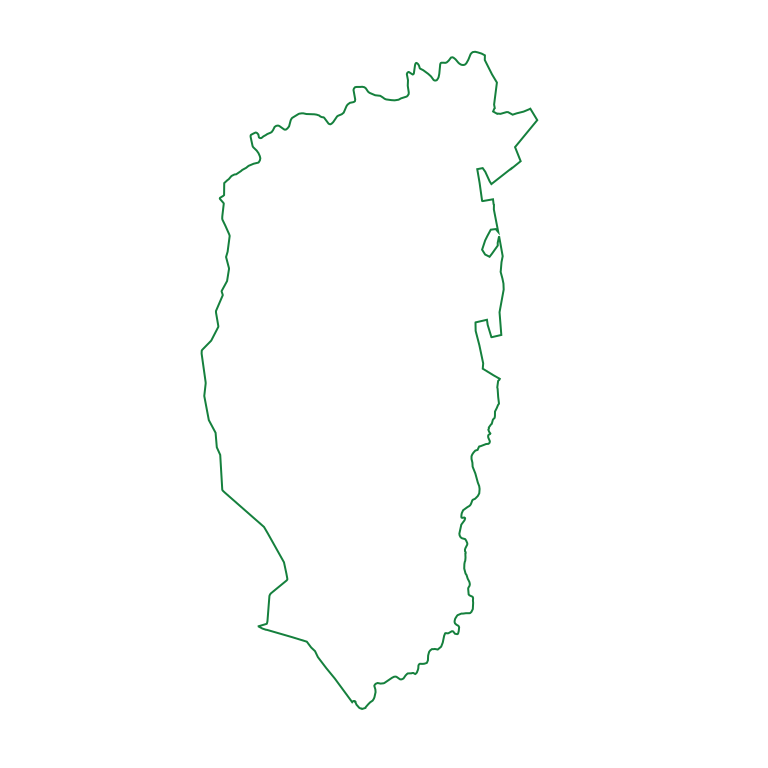 outline of Pilskalnes pag., Neretas, Latvia, rotated 84°
{"feature_id": "27541924B3554610472983", "entity_name": "Pilskalnes pag.", "entity_type": "district", "adm_level": 2, "iso_a3": "LVA", "parent_name": "Latvia", "parent_adm1": "Neretas", "projection": "equal_earth", "projection_center": [25.154, 56.226], "detail": "fine", "context": "isolated", "style": "outline", "palette": "green", "viewbox_px": 768, "rotation_deg": 84, "n_neighbors": 0, "source": "geoboundaries", "source_scale": "gbopen_adm2", "svg_char_len": 6085}
<svg xmlns="http://www.w3.org/2000/svg" viewBox="0 0 768 768"><g transform="rotate(84 384 384)"><path d="M67.7,249.3L65.6,252.4L64.0,256.1L63.1,258.7L63.2,261.0L63.8,262.1L65.0,263.4L70.3,266.2L73.4,268.4L74.6,269.7L75.0,270.9L75.0,272.0L74.8,273.1L74.3,274.2L73.2,275.6L72.2,276.5L68.6,278.9L66.7,280.8L66.2,281.9L66.4,283.3L69.1,285.8L70.6,287.8L71.0,289.0L70.5,293.3L70.7,293.9L71.1,294.3L72.0,294.7L81.3,296.6L84.5,297.6L85.7,298.3L87.1,299.5L87.4,299.9L87.6,301.0L87.4,302.1L86.8,302.9L83.0,305.1L80.2,307.6L76.0,312.2L74.2,315.0L73.8,315.4L71.1,315.9L69.7,316.5L68.6,317.4L68.1,318.1L68.1,318.5L68.7,319.2L70.1,319.8L78.1,321.8L78.9,322.3L79.2,323.0L79.0,323.4L76.3,326.7L76.3,327.2L76.9,328.2L78.2,328.9L84.4,328.4L89.9,329.2L96.7,328.9L98.3,329.2L99.8,330.4L100.5,331.4L101.7,337.2L102.8,339.8L103.0,343.7L102.5,346.8L101.2,352.1L100.4,353.6L98.9,355.2L97.0,357.6L95.9,362.6L92.9,368.0L91.6,369.3L88.0,371.2L86.8,372.5L86.1,374.7L86.1,376.3L85.7,380.2L85.8,381.7L87.0,383.0L88.4,383.6L98.0,382.9L99.6,383.3L100.1,383.9L100.5,385.1L100.8,388.5L102.3,391.0L103.8,392.3L109.9,395.7L111.3,397.8L112.4,401.6L113.0,402.7L118.3,407.2L119.6,408.9L120.1,410.1L119.9,410.9L119.3,411.9L112.9,415.7L112.4,416.4L112.2,417.6L111.5,419.0L111.0,419.7L110.3,420.2L109.1,422.8L108.5,425.1L107.4,432.9L106.4,435.9L106.2,437.4L106.3,439.9L106.5,440.7L109.7,447.4L110.3,448.1L111.9,449.2L117.9,451.5L119.8,453.4L120.7,454.9L120.7,456.0L120.3,456.8L116.5,461.1L116.1,461.8L115.9,462.6L116.0,464.2L116.9,465.9L119.9,467.8L121.6,469.3L122.2,470.5L123.2,473.9L124.2,475.8L125.1,478.0L126.5,480.1L126.6,480.9L126.2,482.1L125.6,482.6L122.7,482.9L121.2,484.0L120.7,484.7L120.5,485.5L121.3,487.8L122.2,490.0L122.5,490.4L123.4,490.8L124.6,490.8L133.0,489.9L134.1,489.7L135.0,489.2L138.6,486.2L141.3,484.7L144.4,483.7L146.6,483.4L148.7,484.1L150.5,485.5L150.7,485.9L151.3,490.6L152.9,495.9L154.6,498.5L156.3,502.6L157.3,504.0L160.0,509.1L160.0,510.7L160.2,511.4L161.1,513.7L161.6,514.4L164.1,517.0L164.9,518.4L167.5,521.9L179.4,523.3L180.1,524.2L181.7,527.6L182.3,527.9L182.8,527.8L187.2,524.7L187.9,524.5L200.4,527.3L202.6,527.6L203.7,527.5L209.8,525.3L219.0,522.3L220.6,522.0L236.1,525.7L241.2,527.8L252.4,526.1L253.3,526.1L265.2,529.3L274.5,535.7L275.1,535.8L278.2,535.1L278.9,535.1L293.9,543.5L295.6,543.6L309.2,542.7L310.0,542.9L322.8,551.3L331.0,561.2L331.9,561.8L334.7,562.2L363.6,561.2L364.9,561.3L377.1,564.0L401.6,562.0L414.9,556.6L429.5,556.9L437.4,554.3L472.3,555.9L473.2,555.5L475.2,553.8L513.6,518.3L520.4,515.2L550.9,502.1L551.9,502.0L562.3,500.9L567.4,500.5L568.4,500.6L569.3,501.5L580.2,518.1L581.3,519.3L582.8,520.1L607.7,524.7L609.5,525.3L610.2,525.7L610.4,526.4L611.8,534.0L612.1,534.0L614.5,530.5L616.1,527.0L616.2,526.3L626.1,502.0L632.2,487.7L638.4,484.0L642.5,480.5L648.7,478.3L660.4,471.2L671.8,463.7L697.1,448.9L696.3,448.1L696.1,447.1L696.3,446.2L696.9,445.7L697.2,446.0L697.7,445.6L700.0,444.9L703.4,442.5L704.2,441.3L704.4,440.2L704.9,439.8L704.2,436.3L703.5,436.0L700.8,433.1L699.1,431.0L697.7,428.4L695.8,426.9L694.4,426.2L689.6,424.6L686.9,424.5L683.2,425.2L682.0,424.5L681.2,423.4L680.7,421.6L681.6,418.7L681.6,415.7L681.4,414.9L677.0,406.7L676.2,404.6L676.2,403.2L676.5,402.2L679.3,399.0L679.6,398.0L679.5,397.0L678.9,395.4L676.1,393.0L674.7,391.3L674.3,390.5L674.6,387.1L674.4,386.2L674.5,385.0L675.7,383.3L675.3,382.5L674.4,381.5L671.9,380.2L670.3,379.6L667.7,379.2L666.6,378.6L666.0,377.5L666.4,374.8L666.4,373.1L665.9,370.7L665.6,370.4L663.4,369.2L658.7,368.5L656.3,367.6L655.1,367.1L653.8,365.9L652.7,364.1L652.9,362.3L652.8,361.2L653.7,358.3L651.2,354.6L647.3,352.6L640.7,350.5L638.4,349.3L638.2,348.5L638.6,347.0L638.6,346.0L637.0,342.4L637.0,342.0L637.3,341.1L639.8,339.5L640.4,337.5L640.4,337.0L639.9,336.4L637.5,335.5L633.8,334.7L632.8,335.0L632.1,335.5L631.0,337.1L629.5,338.4L628.0,338.7L626.6,338.4L624.8,337.7L622.5,335.9L621.6,335.0L620.4,331.0L620.6,329.2L620.5,326.3L620.9,323.0L620.8,322.3L619.8,320.9L617.1,319.2L610.9,318.2L608.8,318.2L606.4,317.8L605.4,317.9L604.8,318.3L603.1,321.1L602.1,321.8L596.5,321.7L595.5,321.4L593.6,320.0L592.3,319.6L591.2,319.6L589.7,319.8L586.4,321.1L582.5,321.9L581.1,322.7L575.9,323.5L571.5,322.9L569.4,322.3L568.3,321.7L565.3,321.1L561.0,320.8L560.8,320.5L559.8,320.4L558.8,320.9L557.2,320.8L555.8,320.2L552.4,318.0L551.1,317.8L548.5,318.6L546.9,319.4L546.6,319.8L545.6,322.5L545.2,323.1L544.1,324.0L542.5,324.6L540.7,324.7L531.9,321.8L528.0,318.2L526.3,317.4L525.7,317.5L525.2,318.1L525.3,320.2L525.0,320.8L524.3,321.0L522.5,320.7L520.7,320.2L517.8,318.5L515.1,313.8L514.3,312.0L513.6,311.0L512.3,310.0L508.9,308.3L508.4,307.7L507.7,305.5L507.1,304.7L505.2,302.4L502.7,300.7L498.4,299.9L495.5,300.0L491.8,301.0L482.6,302.5L475.5,304.5L471.5,304.3L467.7,304.8L465.0,304.5L463.3,303.6L461.6,302.2L459.8,300.2L459.3,297.8L456.5,296.2L456.0,295.7L456.0,294.7L454.4,288.8L454.4,286.3L453.4,285.1L452.0,284.7L448.2,285.9L446.6,285.9L445.7,285.5L445.3,285.0L444.8,283.7L444.3,283.4L442.6,284.4L440.4,285.0L439.2,284.3L438.2,284.3L435.3,281.7L434.9,281.0L430.8,279.4L429.2,277.5L427.3,277.0L423.0,276.5L419.6,274.3L416.8,272.8L416.1,272.1L415.4,271.7L408.8,271.8L400.6,271.5L399.2,271.7L393.4,270.3L392.8,270.1L391.8,268.8L391.0,268.3L386.7,274.3L379.1,284.2L373.9,283.2L355.4,285.1L340.8,287.3L332.5,286.6L332.3,286.5L330.9,274.9L336.1,274.7L348.6,272.3L348.7,272.0L348.4,269.5L347.5,262.2L324.7,261.6L302.6,255.1L296.6,254.7L291.5,255.2L284.6,256.3L284.0,256.1L275.1,254.4L269.3,252.6L249.1,254.1L255.6,256.2L258.2,256.4L265.7,263.0L268.5,265.7L265.8,269.9L260.7,272.4L251.8,268.4L247.7,265.8L241.7,261.7L241.6,256.7L244.8,254.5L221.8,256.5L217.1,255.9L216.7,256.2L211.7,256.3L212.4,266.7L212.3,267.0L212.1,267.3L194.1,267.9L180.1,268.8L179.6,263.3L183.5,261.1L193.6,257.7L196.4,256.3L182.9,234.8L183.2,234.8L176.7,224.8L162.1,228.9L137.6,204.0L125.5,209.7L126.0,211.0L127.7,216.7L128.7,223.8L129.6,227.9L126.6,232.2L126.4,233.7L127.5,239.9L126.9,243.0L127.1,243.2L124.4,247.0L121.8,245.6L121.3,245.0L117.6,245.3L96.0,240.2L87.4,244.2L73.1,249.6L72.3,249.9L67.7,249.3Z" fill="none" stroke="#15803d" stroke-width="2"/></g></svg>